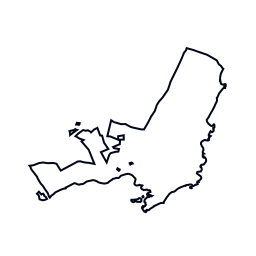 outline of Manokwari, Papua Barat, Indonesia, rotated 106°
{"feature_id": "22746128B58641314112332", "entity_name": "Manokwari", "entity_type": "district", "adm_level": 2, "iso_a3": "IDN", "parent_name": "Indonesia", "parent_adm1": "Papua Barat", "projection": "natural_earth1", "projection_center": [133.979, -1.001], "detail": "fine", "context": "isolated", "style": "outline", "palette": "ink", "viewbox_px": 256, "rotation_deg": 106, "n_neighbors": 0, "source": "geoboundaries", "source_scale": "gbopen_adm2", "svg_char_len": 5693}
<svg xmlns="http://www.w3.org/2000/svg" viewBox="0 0 256 256"><g transform="rotate(106 128 128)"><path d="M216.5,183.9L214.1,183.0L212.3,181.4L209.9,180.1L206.1,175.9L204.1,173.2L203.6,171.9L203.1,171.2L202.4,171.5L202.0,170.9L196.2,164.8L195.7,163.9L195.8,162.5L196.0,161.5L196.0,159.9L195.9,159.3L195.0,157.9L194.5,156.3L193.3,154.9L191.5,153.5L190.8,152.9L190.2,151.9L188.6,148.8L188.0,148.0L187.6,146.5L187.6,145.2L187.8,143.3L188.3,141.8L188.4,139.1L188.0,135.6L187.3,133.9L185.9,131.9L184.6,131.3L182.6,129.6L182.0,128.9L181.4,128.8L181.0,128.5L180.3,126.9L179.2,125.7L178.7,123.3L178.1,122.8L176.4,122.0L175.7,121.5L173.2,117.7L172.3,116.0L171.9,114.5L172.0,112.3L172.4,110.7L174.6,106.9L175.2,106.6L178.2,106.5L179.2,106.6L179.7,106.5L180.3,106.2L180.6,105.6L180.9,104.8L180.9,103.8L180.3,102.4L180.1,101.9L179.5,101.5L179.6,99.6L179.2,98.9L179.3,98.3L180.7,98.9L182.0,99.0L183.1,97.4L183.1,95.9L183.3,95.8L182.0,92.8L182.3,92.3L182.3,91.5L181.8,90.1L182.1,89.4L183.3,88.8L183.8,89.6L184.6,90.3L184.7,90.6L184.9,90.6L185.6,91.3L186.3,91.4L186.9,91.3L187.1,90.9L186.8,90.6L186.7,90.0L186.2,89.8L186.3,89.6L186.7,89.8L186.9,89.8L186.8,88.7L186.4,88.3L186.5,87.7L186.5,86.9L186.9,86.6L186.8,86.2L187.1,86.4L187.3,86.8L187.4,87.0L187.3,87.4L187.4,88.4L188.2,88.6L188.2,88.9L188.6,89.4L188.8,89.3L189.2,90.6L190.3,91.0L192.0,92.1L193.6,92.1L194.5,91.9L194.9,90.6L195.4,90.4L195.6,90.5L196.1,90.5L196.6,90.1L196.9,89.6L198.2,90.0L198.8,91.3L199.3,91.0L199.5,91.1L198.8,91.5L198.9,92.1L199.9,92.6L201.0,92.5L202.0,91.6L203.2,90.1L202.6,89.7L203.2,90.2L203.8,89.4L203.9,88.2L204.0,87.8L203.3,87.2L202.9,87.2L203.0,87.4L202.4,88.0L201.4,87.3L201.3,85.4L199.8,84.6L196.1,81.3L195.9,81.5L193.6,78.8L190.9,75.6L190.9,75.0L190.4,74.1L190.3,73.0L190.1,72.9L189.4,73.2L188.6,73.0L184.5,71.8L179.8,70.0L177.5,68.2L176.4,66.0L175.4,65.2L173.1,63.7L171.9,62.6L170.4,61.0L167.4,56.9L167.6,56.7L166.7,56.0L166.3,55.2L166.2,54.6L165.9,53.9L165.5,53.5L165.2,52.9L164.9,51.6L165.0,51.0L165.7,50.0L165.8,49.1L163.7,47.3L163.7,46.6L162.6,45.5L161.5,46.5L161.1,46.5L160.5,46.5L160.3,45.2L159.5,45.7L158.6,44.8L156.7,43.8L155.7,43.8L154.5,44.6L154.0,45.8L153.1,48.3L152.6,49.3L152.3,49.4L151.3,49.3L150.6,48.3L150.5,47.8L149.7,46.0L147.7,45.6L146.1,46.3L145.4,47.0L145.5,47.5L145.1,47.8L143.8,47.7L143.0,47.0L143.1,46.8L142.8,46.5L142.6,45.9L142.1,45.1L140.1,44.3L139.3,43.9L138.1,43.8L136.7,44.3L135.2,45.6L135.2,46.0L135.6,46.6L135.6,47.0L135.0,47.0L134.4,47.3L134.5,48.2L134.6,48.3L133.3,48.8L132.2,48.7L131.7,47.9L131.4,48.6L131.2,49.3L130.2,49.6L129.1,49.5L128.4,49.4L126.9,50.0L126.0,50.8L125.1,52.0L124.2,52.6L123.3,53.5L122.0,53.7L120.5,53.2L118.6,51.3L118.3,50.8L118.2,48.7L118.0,47.7L117.5,47.0L117.1,47.2L116.4,47.9L116.0,47.7L115.9,47.1L115.2,47.2L114.3,47.7L113.9,47.5L113.6,46.6L113.0,46.3L113.0,47.5L112.9,48.3L111.8,48.6L111.2,48.1L110.1,48.2L109.0,48.0L108.3,47.7L108.9,46.2L108.5,45.7L107.1,44.9L106.6,45.1L105.9,45.2L105.5,45.8L104.5,46.1L104.2,45.4L103.5,45.1L102.0,45.5L101.5,45.7L100.9,46.2L100.8,46.5L102.6,47.4L103.0,48.3L103.0,49.0L102.3,50.6L101.6,52.0L100.4,53.5L99.4,54.2L98.3,54.6L97.6,54.2L96.1,53.8L95.6,53.4L94.9,53.4L89.4,52.2L88.7,51.9L83.4,50.8L81.2,50.6L78.4,50.0L77.1,50.0L74.5,50.9L74.3,50.6L69.4,49.9L63.7,47.5L62.9,46.5L62.8,45.7L62.3,45.8L62.2,46.9L61.5,46.9L61.1,45.7L60.7,45.6L60.5,45.8L59.2,46.1L59.0,46.7L59.6,47.8L60.1,48.5L60.1,50.1L59.9,50.8L56.8,52.4L57.0,52.6L55.5,53.1L55.4,53.5L55.4,53.1L52.2,53.6L49.9,53.7L44.8,52.7L44.5,53.6L42.8,55.6L41.6,58.4L38.5,61.3L35.8,72.1L35.4,80.9L35.0,86.9L35.1,93.6L37.5,93.7L40.1,94.9L45.9,95.5L55.3,96.9L72.0,99.9L74.8,99.9L80.3,100.2L89.0,103.1L93.8,105.4L97.8,106.6L104.2,106.9L110.8,109.0L116.8,110.1L124.9,112.2L125.7,114.8L126.2,123.3L126.2,126.0L124.9,131.5L126.2,135.6L126.2,143.2L125.2,146.3L141.6,145.6L141.0,142.5L142.0,134.2L138.6,135.2L136.2,130.1L140.3,128.9L141.4,132.4L145.8,131.4L150.4,137.1L151.3,135.9L150.7,130.8L153.3,130.8L154.4,133.5L156.9,137.7L158.8,138.6L167.0,139.0L158.7,147.4L153.6,141.1L148.7,147.0L142.5,150.8L142.8,152.7L136.3,157.5L138.9,160.2L142.4,162.3L142.0,162.8L141.2,166.0L142.1,167.3L142.3,168.0L142.3,170.5L146.9,174.2L150.4,176.2L150.8,174.2L151.5,172.0L151.8,167.4L153.7,169.0L159.8,159.7L171.8,150.4L172.3,156.2L173.0,159.8L173.2,163.6L173.1,164.5L174.0,167.0L187.5,180.9L182.1,186.8L182.1,188.9L182.3,190.2L182.7,191.7L183.9,195.3L184.6,200.3L186.3,203.9L189.3,207.9L190.3,209.5L191.4,212.2L192.2,211.1L194.0,209.9L194.7,209.1L200.0,201.9L201.2,201.1L205.2,196.9L206.3,195.3L207.0,194.0L209.6,191.1L212.1,187.9L213.2,186.8L215.7,185.1L216.5,183.9ZM169.6,126.9L170.1,125.4L170.2,124.5L170.8,124.5L171.7,125.0L170.7,127.1L169.6,126.9ZM161.4,116.7L160.2,115.1L160.4,114.3L160.9,113.7L161.7,115.1L162.5,115.7L161.4,116.7ZM218.5,186.3L216.9,188.0L216.4,189.6L216.2,190.0L215.7,190.1L215.3,190.3L214.5,191.5L215.1,192.4L215.8,192.9L213.8,196.1L216.3,197.4L217.0,195.9L217.6,195.1L219.6,194.0L220.9,193.4L221.0,190.9L220.9,190.1L220.7,189.3L220.2,188.4L218.5,186.3ZM194.4,95.0L193.9,95.3L193.1,95.4L192.6,95.9L192.3,96.6L192.2,97.3L192.5,98.2L193.7,98.9L194.5,100.4L194.9,101.7L195.3,102.5L195.4,102.9L195.7,103.3L196.0,104.9L196.4,105.1L197.1,104.7L197.6,104.0L197.9,103.1L197.8,102.4L197.4,101.7L196.7,101.4L196.4,101.0L196.4,98.8L195.6,95.6L194.4,95.0ZM147.5,183.1L149.6,182.0L150.7,181.7L147.4,179.3L143.9,176.4L143.9,177.2L143.6,178.4L144.9,179.4L146.2,181.9L147.2,183.4L147.5,183.1ZM138.7,178.1L138.5,176.0L137.9,175.7L136.6,175.8L137.1,178.6L138.9,178.7L138.7,178.1ZM168.3,51.9L168.5,50.5L168.1,50.1L167.6,50.5L167.3,51.5L167.7,52.0L168.3,51.9ZM190.2,95.2L190.7,94.6L190.3,94.1L189.7,94.2L189.2,94.8L189.6,95.2L190.2,95.2Z" fill="none" stroke="#020617" stroke-width="2"/></g></svg>